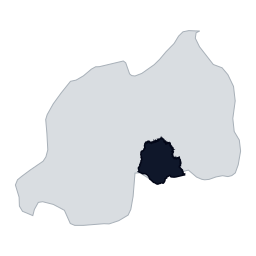 Bugesera, Eastern, Rwanda (highlighted)
{"feature_id": "39286606B3134655885223", "entity_name": "Bugesera", "entity_type": "district", "adm_level": 2, "iso_a3": "RWA", "parent_name": "Rwanda", "parent_adm1": "Eastern", "projection": "mercator", "projection_center": [30.152, -2.233], "detail": "fine", "context": "in_parent", "style": "filled", "palette": "ink", "viewbox_px": 256, "rotation_deg": 0, "n_neighbors": 0, "source": "geoboundaries", "source_scale": "gbopen_adm2", "svg_char_len": 6457}
<svg xmlns="http://www.w3.org/2000/svg" viewBox="0 0 256 256"><path d="M95.6,66.8L99.3,66.7L123.3,61.0L125.7,62.8L129.6,73.9L131.7,75.6L135.0,76.0L141.8,73.4L154.2,64.7L159.6,59.4L165.9,51.9L174.1,43.5L178.6,36.1L183.0,31.8L188.8,30.6L195.3,30.9L199.7,31.0L196.1,32.8L195.3,38.2L199.5,46.8L213.3,64.5L222.1,67.8L227.9,74.7L233.5,86.4L235.2,100.9L232.8,118.5L234.2,131.5L239.3,140.1L240.6,151.1L238.2,164.8L235.3,172.9L231.8,175.6L227.9,176.6L222.6,175.7L216.1,176.9L209.0,179.4L204.6,179.8L201.8,179.3L196.6,177.1L188.4,170.1L173.1,174.0L168.9,173.9L163.3,177.2L158.7,181.4L155.9,181.7L153.1,181.1L139.9,172.8L135.0,173.1L133.1,196.4L130.8,209.4L128.1,215.1L118.7,220.7L109.1,223.9L103.9,223.7L83.0,225.4L74.8,225.4L70.3,223.5L64.4,210.3L53.3,204.4L42.6,201.7L38.3,202.4L34.4,209.4L32.8,215.6L22.5,211.3L19.4,206.1L19.1,197.2L15.4,185.0L17.5,179.8L21.5,176.5L30.1,170.1L43.1,161.2L45.9,156.9L47.8,149.9L46.9,133.4L45.7,119.5L47.2,114.6L53.2,103.9L61.2,92.9L70.5,81.3L76.1,80.1L83.5,75.8L91.3,69.2L95.6,66.8Z" fill="#d9dde1" stroke="#a8b0b8" stroke-width="1"/><path d="M145.0,143.4L144.9,143.7L144.9,144.1L144.8,144.5L144.8,144.9L144.6,145.2L144.5,145.6L144.7,145.9L144.8,146.1L144.6,146.4L144.6,146.7L144.7,147.2L144.9,147.1L145.0,147.2L145.2,147.6L145.0,147.9L144.9,148.3L144.7,148.4L144.4,148.4L144.1,148.7L143.9,149.4L143.9,149.8L143.2,150.7L142.9,150.9L142.7,150.8L142.1,151.4L141.6,151.2L141.3,151.5L141.2,152.3L141.0,152.5L141.0,153.7L140.8,154.3L140.9,154.7L140.9,154.9L141.0,155.1L141.1,155.5L141.2,156.0L141.3,156.4L141.2,156.7L141.2,156.9L141.3,157.0L141.1,157.3L141.1,157.5L141.4,157.6L141.6,157.7L141.5,158.4L141.7,158.7L141.7,158.9L141.8,159.2L141.7,159.5L141.7,159.8L141.5,160.0L141.3,160.5L141.0,160.9L141.1,161.0L141.0,161.3L141.1,162.3L140.9,162.5L140.5,162.9L140.4,163.3L140.5,163.7L140.2,164.0L139.8,164.6L139.9,164.8L139.9,165.1L140.0,165.3L139.8,165.7L139.9,165.8L139.6,166.1L139.5,166.5L139.2,167.0L138.8,167.4L138.7,167.3L138.5,167.5L138.4,168.6L138.5,169.1L138.8,169.5L138.8,169.8L138.9,170.1L138.9,170.3L139.1,170.6L139.0,170.9L138.8,170.9L138.7,171.2L138.3,171.6L139.8,172.3L141.0,172.7L141.9,173.3L142.6,173.6L143.2,173.7L144.9,173.6L145.4,173.7L146.4,174.3L147.5,175.0L148.1,175.7L149.2,177.5L149.7,178.9L149.9,179.1L151.2,180.1L152.8,181.7L153.7,182.4L154.5,182.6L155.1,182.9L156.6,183.9L157.5,184.1L158.3,184.0L159.3,183.5L160.2,183.4L160.5,183.3L161.2,182.8L161.9,182.8L162.9,183.2L163.4,183.1L164.3,181.9L164.8,180.9L165.1,179.6L164.9,179.1L165.0,178.5L165.8,178.4L166.7,177.9L166.7,177.7L166.9,176.9L166.9,176.6L168.0,176.4L168.5,176.1L169.1,175.6L169.9,175.3L170.5,175.9L170.5,176.2L170.7,176.3L170.7,176.6L171.3,176.9L174.1,177.1L175.9,176.9L183.4,175.1L184.6,174.9L184.6,174.0L184.4,174.1L184.0,174.1L183.9,174.0L183.7,174.2L183.5,173.8L183.3,173.8L183.4,173.6L183.3,173.4L183.1,173.4L182.9,173.3L182.8,173.1L182.9,172.8L182.7,172.5L182.9,172.5L183.0,172.4L182.7,171.8L182.9,171.6L182.9,171.4L182.7,171.2L182.4,170.4L182.2,170.2L182.3,169.9L181.8,169.5L181.4,169.5L181.1,168.7L180.5,168.3L180.3,167.9L180.0,167.8L179.9,167.5L179.7,167.6L179.4,167.3L179.6,167.0L179.4,166.7L179.6,166.5L179.6,166.3L179.7,166.1L179.5,165.9L179.6,165.7L179.7,165.8L179.9,165.5L180.2,165.5L180.0,165.1L180.2,165.3L180.5,165.0L180.5,164.1L180.2,163.6L180.2,163.4L180.3,163.3L180.2,163.0L180.5,162.6L180.8,162.7L180.6,161.7L180.3,161.8L180.3,161.6L180.2,161.5L180.1,161.1L180.1,160.7L180.3,160.4L180.1,159.4L179.6,159.0L179.3,158.9L179.1,158.7L178.9,158.6L178.7,158.4L178.8,158.2L179.3,157.8L179.2,157.5L179.2,157.4L179.0,157.5L178.9,157.3L178.4,157.6L178.3,158.0L177.9,158.1L177.8,157.8L177.7,157.8L177.4,158.2L177.2,158.1L177.3,158.0L177.2,157.9L176.8,158.3L176.8,158.2L176.5,158.2L176.4,158.0L176.2,157.9L176.0,158.2L175.9,157.9L175.8,158.2L175.7,158.2L175.6,157.9L174.9,158.1L174.8,158.3L174.7,158.4L174.6,158.2L174.5,158.4L174.5,158.5L174.0,158.5L173.9,158.2L173.8,157.5L173.8,157.4L173.5,157.3L173.6,157.2L173.4,157.1L173.2,156.9L173.4,156.9L172.9,156.6L172.7,156.3L172.5,156.2L172.8,156.0L172.8,155.6L172.9,155.1L172.7,154.9L172.2,154.7L171.9,154.5L172.2,153.7L172.7,153.5L172.9,152.4L173.3,152.2L173.4,151.8L173.0,151.4L172.5,151.4L172.9,150.5L172.6,150.6L172.9,150.2L173.0,149.9L172.5,150.0L172.7,149.9L172.7,149.4L172.4,149.3L172.5,149.1L173.0,149.1L172.7,148.9L173.0,148.9L173.0,148.4L172.8,147.7L172.2,147.4L172.0,147.0L171.3,147.1L171.1,147.2L170.8,146.8L170.7,146.5L171.0,146.6L171.1,146.4L170.5,146.1L170.5,145.9L170.3,145.8L170.3,145.6L170.6,145.4L170.2,145.3L170.1,145.2L170.3,144.9L170.1,144.6L170.2,144.4L169.8,143.8L169.9,143.6L170.2,143.5L170.2,143.4L169.9,143.5L169.5,142.9L169.4,142.8L169.3,143.1L168.9,142.8L168.7,142.8L168.7,143.0L168.4,142.7L168.1,142.7L167.6,142.5L167.6,143.1L167.5,143.3L167.2,143.2L167.0,143.5L166.7,143.4L166.6,143.7L166.4,143.6L166.2,143.9L166.0,144.0L165.9,143.5L165.7,143.5L165.7,143.4L165.9,142.7L165.6,142.7L165.7,142.4L165.3,142.6L165.2,142.4L165.3,142.1L165.0,142.1L165.1,141.6L164.6,142.0L164.3,141.9L164.4,141.7L164.1,141.4L164.5,141.1L164.2,140.9L164.1,140.3L164.0,140.2L164.0,139.9L163.8,139.8L163.5,139.4L163.2,139.4L163.3,139.2L163.1,139.1L163.0,138.9L162.8,138.8L162.8,139.1L162.7,139.2L162.4,139.1L162.3,138.6L162.1,138.3L162.0,138.6L161.4,138.5L161.4,138.9L161.1,138.8L161.0,138.4L160.9,138.7L160.5,138.6L160.4,139.1L160.2,139.2L159.9,139.0L159.7,139.3L159.3,139.7L159.1,139.5L158.8,139.7L158.6,139.4L158.4,139.7L158.1,139.6L158.3,140.0L158.2,140.0L157.9,139.9L158.2,140.2L158.1,140.3L157.9,140.5L157.7,140.1L157.4,140.4L157.2,140.5L157.4,140.7L157.1,141.0L156.9,140.8L156.6,140.7L156.5,141.1L156.9,141.3L156.2,141.4L156.2,141.5L156.3,141.7L156.1,141.8L156.0,141.7L156.1,141.4L156.0,141.2L155.9,141.6L155.5,141.9L155.5,141.6L155.2,141.7L155.1,141.4L155.0,141.7L154.6,141.6L154.5,141.8L154.4,141.7L154.2,141.4L154.2,141.6L153.9,141.6L153.8,142.0L153.6,142.3L153.4,142.0L153.0,142.3L153.1,141.9L152.9,141.8L152.5,142.1L152.1,142.2L151.9,142.4L151.8,142.1L151.7,142.1L151.5,142.3L151.6,142.6L151.4,142.9L151.3,142.6L151.3,142.4L150.9,142.3L150.9,142.6L150.7,142.8L150.3,143.0L150.2,143.1L149.9,143.0L149.8,142.6L149.0,142.5L148.9,142.3L148.9,142.2L149.1,142.2L149.3,141.9L149.3,141.4L148.9,141.2L148.7,141.3L148.0,141.2L147.8,141.5L147.9,141.8L147.5,141.6L147.1,141.8L147.3,142.0L146.9,142.5L147.0,142.6L147.3,142.5L147.2,142.8L146.8,142.6L146.5,142.6L145.9,142.3L145.8,142.5L145.9,142.9L145.6,142.7L145.4,143.1L145.0,143.4Z" fill="#0f172a" stroke="#020617" stroke-width="1.5"/></svg>